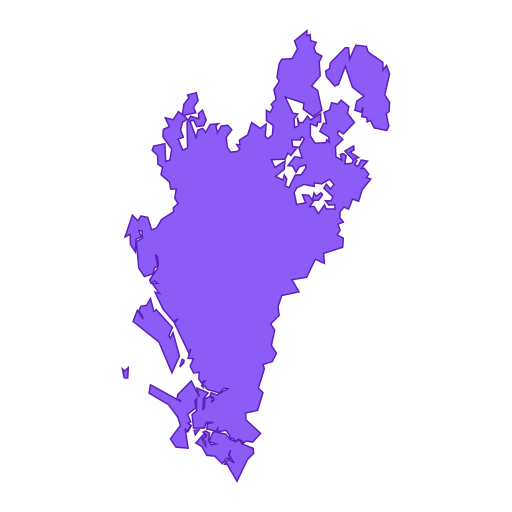 Tolé, Chiriquí, Panama (Natural Earth projection)
{"feature_id": "35544464B42415898156118", "entity_name": "Tolé", "entity_type": "district", "adm_level": 2, "iso_a3": "PAN", "parent_name": "Panama", "parent_adm1": "Chiriquí", "projection": "natural_earth1", "projection_center": [-81.647, 8.186], "detail": "fine", "context": "isolated", "style": "filled", "palette": "violet", "viewbox_px": 512, "rotation_deg": 0, "n_neighbors": 0, "source": "geoboundaries", "source_scale": "gbopen_adm2", "svg_char_len": 6097}
<svg xmlns="http://www.w3.org/2000/svg" viewBox="0 0 512 512"><path d="M161.5,219.6L156.6,228.0L151.6,229.8L147.7,217.4L141.0,216.0L137.8,220.8L132.4,215.1L125.0,237.0L130.2,234.3L130.4,244.4L135.4,252.0L136.0,239.3L141.3,236.8L138.8,230.6L141.8,230.8L142.7,238.0L136.3,241.7L138.8,268.1L144.4,276.6L152.8,273.8L154.6,267.9L157.7,265.9L155.6,254.6L157.5,257.0L158.4,264.0L157.4,268.5L149.6,280.1L151.1,283.3L154.7,281.0L157.6,283.3L152.3,283.6L159.5,293.4L155.0,292.1L163.0,309.1L173.7,321.7L178.1,318.8L174.4,322.8L188.6,352.6L190.9,348.8L188.0,358.4L193.4,358.7L190.1,366.4L193.7,373.1L199.4,372.3L198.7,378.9L201.6,383.2L203.6,381.0L205.3,381.0L202.6,384.5L207.5,389.5L219.4,392.9L224.0,388.3L227.7,388.8L217.1,394.9L211.1,392.7L210.0,396.0L213.1,397.3L213.8,400.3L211.2,402.5L213.0,398.0L209.1,396.9L204.5,399.0L205.0,403.3L204.1,408.5L203.0,409.3L203.5,398.9L208.1,392.9L197.0,388.1L199.3,396.8L191.3,380.9L177.8,394.5L176.9,399.0L179.6,399.8L181.1,401.6L150.5,384.8L149.0,393.1L168.6,404.7L177.8,417.2L180.4,425.5L170.4,438.9L175.9,447.1L188.1,448.2L185.1,428.4L187.0,431.7L190.5,426.3L187.7,432.3L191.3,425.5L187.9,423.3L190.8,421.8L187.5,414.3L195.9,407.8L194.9,400.7L196.6,398.6L196.4,410.8L192.1,414.5L193.5,428.1L204.6,428.1L206.4,422.3L213.7,422.5L207.6,423.3L206.8,429.1L216.9,431.1L217.4,428.1L217.9,427.7L217.5,431.8L226.0,430.4L229.8,435.8L229.4,438.2L233.3,438.5L235.3,441.1L238.7,439.1L242.7,441.6L242.6,443.8L246.0,441.0L252.6,442.2L260.6,433.4L246.0,419.9L245.6,413.0L257.6,410.4L263.0,392.6L258.3,388.1L264.4,368.8L263.0,364.5L272.3,361.5L276.5,353.3L271.4,345.4L274.7,330.0L270.7,323.9L279.2,315.3L277.9,306.9L281.8,295.5L299.0,291.8L291.9,279.7L306.6,277.3L315.3,259.2L324.4,263.4L323.6,253.4L342.7,247.2L343.3,238.1L337.2,235.0L340.1,230.2L338.1,224.1L343.5,222.1L339.9,217.9L340.1,211.5L344.0,207.2L348.6,209.1L352.5,199.0L358.6,201.3L362.2,189.7L370.8,179.0L366.4,177.5L368.8,174.1L364.2,168.3L361.2,168.5L367.5,161.1L361.2,160.0L358.0,166.3L354.6,164.8L356.9,160.6L354.7,158.4L358.7,157.6L350.1,152.2L354.0,149.9L353.7,145.9L344.9,151.0L353.3,160.2L352.0,163.3L344.8,163.9L346.1,155.7L343.3,153.6L340.2,154.5L341.9,160.0L336.0,156.9L335.4,146.6L342.9,139.4L337.6,134.5L338.4,130.6L343.4,134.0L354.4,122.5L347.5,113.3L348.9,106.5L341.1,100.2L337.7,104.2L331.6,102.7L329.6,109.8L324.0,112.5L326.5,123.5L323.6,123.3L319.8,131.4L328.6,136.8L329.3,142.2L326.8,139.6L325.9,142.7L315.0,143.2L310.4,136.0L310.4,123.7L316.9,126.3L317.6,122.1L320.7,122.0L320.6,113.4L310.5,120.0L307.7,116.1L302.9,122.5L299.0,122.6L297.3,117.4L298.6,125.9L294.7,127.6L294.0,118.8L297.8,114.0L292.8,113.2L285.2,97.0L303.9,103.2L303.2,109.2L313.1,116.4L321.9,110.3L317.6,90.4L311.5,86.0L320.2,75.7L319.2,61.9L322.0,56.1L315.7,52.6L313.8,47.6L316.3,42.4L310.7,40.7L310.1,34.5L306.8,35.8L306.9,30.7L294.5,40.9L297.5,48.8L292.1,58.6L281.7,59.3L279.2,63.7L276.9,77.3L279.2,81.3L273.9,89.5L276.1,99.4L271.2,104.4L273.0,107.4L270.2,112.3L266.4,110.4L266.4,120.5L273.2,125.5L272.3,135.2L267.7,138.8L265.2,136.2L266.2,124.0L260.4,128.4L251.6,122.5L247.7,134.9L239.4,140.1L240.0,144.8L236.7,144.5L239.8,149.0L237.6,151.4L230.6,152.1L227.2,147.1L226.3,137.1L231.8,129.7L227.6,125.2L221.2,126.1L217.4,132.9L215.9,125.8L218.3,123.7L210.2,124.5L205.6,132.4L202.7,128.4L198.2,129.9L196.0,137.4L190.0,121.1L193.7,120.2L196.8,126.6L203.6,125.7L206.2,119.8L202.5,110.1L198.5,113.5L198.9,118.8L190.6,116.2L187.0,122.5L187.6,148.0L182.8,150.1L178.2,139.1L183.3,137.2L180.6,130.0L182.5,122.2L187.4,119.2L183.6,115.4L195.8,112.7L193.6,107.3L198.1,100.5L196.3,92.8L187.5,95.0L189.0,97.5L183.9,104.3L182.4,114.5L178.4,111.6L173.3,119.7L165.3,117.8L169.3,126.6L163.4,129.3L162.9,136.9L171.7,149.1L169.9,160.1L165.7,161.3L164.9,143.7L153.6,146.1L152.2,150.3L157.5,155.2L158.0,164.4L162.6,167.3L161.0,174.7L169.6,182.1L170.7,189.1L176.2,189.0L174.8,198.3L178.0,203.5L173.1,208.1L173.9,211.5L161.5,219.6ZM296.6,204.5L294.1,192.3L297.0,187.7L303.8,184.4L314.2,186.4L314.3,182.8L321.5,183.9L329.5,179.3L334.1,184.6L330.5,188.9L326.3,184.1L323.9,188.3L332.9,196.8L331.1,200.8L325.4,200.7L328.9,205.1L334.8,204.8L335.1,209.0L326.1,208.9L324.5,204.9L318.3,213.7L314.2,206.5L309.7,206.6L314.1,200.4L318.7,200.1L322.6,194.7L320.9,192.8L316.0,196.3L314.0,193.0L312.4,200.2L308.9,195.3L302.5,194.7L305.6,202.9L296.6,204.5ZM271.4,159.7L285.0,159.2L287.8,153.1L290.9,155.4L297.6,147.1L292.7,146.6L291.8,139.9L300.5,140.0L301.5,136.6L304.3,138.8L299.0,147.9L302.1,157.9L294.8,156.7L287.9,165.7L292.4,165.8L296.0,172.3L299.4,166.7L305.9,165.0L305.5,168.5L301.2,174.8L295.2,175.0L289.1,187.7L285.2,185.8L286.8,179.0L284.3,174.9L283.0,180.1L275.5,176.4L284.2,169.3L285.0,161.1L274.8,167.5L271.4,159.7ZM374.2,127.9L386.8,130.5L388.8,126.0L386.2,113.6L389.1,111.6L389.6,102.3L384.8,94.9L389.6,73.8L386.4,65.5L383.1,70.1L382.8,62.3L368.3,52.2L366.3,46.5L355.9,45.2L349.6,59.0L348.5,47.8L345.3,47.7L330.2,63.1L329.6,68.7L325.7,70.9L326.6,76.8L334.7,86.0L338.5,84.4L345.3,66.3L352.5,87.3L364.2,96.2L356.8,101.1L354.9,110.2L360.9,112.2L363.0,107.4L361.7,116.6L366.9,117.6L367.2,122.0L370.4,120.3L374.2,127.9ZM253.1,448.3L242.1,444.0L239.2,439.6L235.3,441.8L229.9,439.0L225.6,434.0L213.4,431.6L208.9,441.3L216.1,444.0L211.5,444.8L208.4,441.0L209.6,433.2L205.6,431.0L203.1,432.1L206.3,435.0L206.3,436.2L202.6,439.6L205.5,441.4L206.0,447.1L202.0,438.9L206.0,436.1L204.3,433.6L195.8,443.1L202.0,446.6L206.8,455.4L214.6,456.1L222.4,463.7L226.2,458.4L230.6,458.6L228.7,454.7L230.7,450.0L229.1,454.9L234.1,462.9L228.7,459.2L225.7,461.7L237.0,481.3L247.3,459.7L253.7,453.3L253.1,448.3ZM153.8,311.3L150.5,298.5L146.5,305.5L140.9,306.3L138.9,310.5L142.5,316.6L143.2,319.2L137.3,310.4L133.1,321.4L159.0,342.1L171.9,372.8L179.5,356.0L173.0,332.6L170.5,338.0L168.8,336.0L172.4,327.5L156.1,309.6L154.9,311.1L153.8,311.3ZM128.3,367.6L124.6,371.1L122.4,369.0L124.2,377.8L127.7,378.0L128.3,367.6ZM198.9,429.8L194.1,430.3L195.3,434.9L198.9,429.8ZM179.9,366.9L183.7,363.0L184.1,360.3L182.1,359.3L179.9,366.9ZM224.6,464.2L226.6,464.5L225.0,463.3L224.6,464.2ZM203.0,387.2L202.9,385.8L201.2,385.1L203.0,387.2Z" fill="#8b5cf6" stroke="#5b21b6" stroke-width="1.5"/></svg>